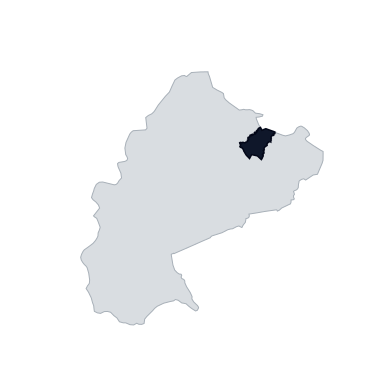 location of Komonjdjari, Komondjari, Burkina Faso, rotated 337°
{"feature_id": "67063806B37049013397139", "entity_name": "Komonjdjari", "entity_type": "district", "adm_level": 2, "iso_a3": "BFA", "parent_name": "Burkina Faso", "parent_adm1": "Komondjari", "projection": "robinson", "projection_center": [0.756, 12.703], "detail": "fine", "context": "in_parent", "style": "filled", "palette": "ink", "viewbox_px": 384, "rotation_deg": 337, "n_neighbors": 0, "source": "geoboundaries", "source_scale": "gbopen_adm2", "svg_char_len": 7123}
<svg xmlns="http://www.w3.org/2000/svg" viewBox="0 0 384 384"><g transform="rotate(337 192 192)"><path d="M277.2,241.4L268.3,241.8L265.1,242.9L263.1,242.9L263.1,242.0L262.8,241.4L251.6,238.4L243.8,236.6L235.8,234.6L235.4,236.5L234.2,237.7L232.5,237.8L231.3,237.5L230.5,238.9L229.2,240.8L227.3,241.8L225.5,242.9L224.5,244.0L223.8,244.0L221.9,241.6L219.5,241.3L215.0,241.7L213.0,241.1L210.2,240.7L203.6,241.2L193.1,240.2L191.4,240.8L191.0,241.2L180.6,241.3L169.2,241.5L159.6,241.6L151.3,241.7L151.2,241.2L148.6,241.2L148.3,242.0L145.9,251.8L145.6,257.1L146.8,260.4L148.2,262.5L149.8,263.4L150.0,264.6L148.7,266.1L148.8,267.7L150.3,269.3L150.6,271.0L149.9,272.8L150.0,277.1L151.1,283.9L151.2,288.3L150.1,290.4L150.6,293.8L152.7,298.7L153.0,300.7L152.3,301.7L150.6,303.0L148.8,302.9L146.8,300.0L145.9,298.6L144.3,295.7L142.9,292.6L141.1,291.3L139.2,290.1L137.0,286.3L134.8,284.5L132.5,285.0L129.2,284.3L122.5,283.3L115.3,283.6L112.2,284.5L109.3,285.9L101.8,288.9L98.8,290.5L96.5,294.3L94.0,294.2L91.4,293.0L89.8,291.2L86.4,291.6L83.1,289.9L79.9,286.6L77.5,285.5L74.5,283.1L73.7,278.6L71.8,275.3L70.1,270.9L67.5,268.9L64.5,267.8L60.4,268.0L57.7,266.3L55.5,263.7L56.1,261.4L57.1,258.2L57.2,255.1L57.9,250.1L57.6,243.8L56.8,239.5L59.1,237.6L61.8,236.0L63.4,233.0L65.2,226.4L65.9,220.6L65.4,218.5L64.6,216.8L63.9,214.3L63.5,211.3L64.0,208.6L66.0,206.2L68.5,204.1L70.3,203.1L75.0,202.1L80.9,200.6L84.3,198.9L86.8,197.1L88.2,195.8L89.6,193.0L91.9,190.8L93.7,188.6L94.0,182.5L94.0,179.0L92.7,177.1L92.0,175.5L100.7,170.7L100.8,167.3L99.6,163.6L97.9,160.5L97.3,157.9L99.7,154.9L101.9,152.6L103.4,150.6L106.9,147.6L110.5,146.8L113.7,147.9L123.2,155.0L124.9,155.4L126.8,154.9L129.4,153.0L132.6,151.6L133.9,146.9L133.8,139.9L134.5,136.8L136.2,136.2L141.7,137.5L143.2,137.6L144.8,137.2L145.9,135.9L145.9,133.7L145.6,131.7L147.4,125.3L150.7,120.5L157.3,114.4L159.4,113.2L161.8,112.6L173.6,116.7L175.5,115.7L178.5,105.4L181.7,104.5L185.5,104.3L188.0,103.4L189.3,102.7L194.9,98.8L204.9,93.5L210.2,91.2L211.2,90.3L215.1,86.6L220.1,82.2L223.4,81.4L227.8,81.0L230.6,81.8L231.4,83.0L232.3,83.6L238.1,81.8L246.5,84.7L253.7,87.6L253.2,89.4L253.2,92.6L252.6,97.7L251.9,103.8L254.8,107.8L258.4,112.0L259.4,113.7L258.4,117.9L259.1,120.4L261.0,124.4L264.2,129.6L267.5,135.0L269.7,135.7L271.9,136.1L273.2,137.1L275.2,138.0L277.1,138.6L278.7,139.8L279.8,140.9L281.2,144.2L284.9,146.4L287.5,148.6L286.5,149.7L283.2,149.2L280.2,148.3L279.8,149.9L279.7,155.9L280.2,161.0L280.9,161.6L283.9,162.6L291.2,169.1L297.8,175.3L300.0,176.9L303.7,177.5L307.8,177.8L309.5,177.2L313.5,174.1L315.6,173.7L317.6,173.8L318.6,174.3L320.5,176.9L322.3,180.7L322.8,183.6L322.6,185.1L322.0,185.7L318.8,186.4L317.4,187.0L317.0,187.8L317.5,189.7L318.2,191.0L321.7,196.5L326.9,204.0L328.5,205.9L327.6,208.1L325.0,214.0L323.0,216.4L314.4,224.7L310.2,223.7L301.3,225.4L300.0,223.5L297.9,223.2L295.3,223.6L294.4,224.3L294.1,225.1L293.2,226.2L291.5,229.5L290.3,230.4L288.7,230.9L286.8,230.8L285.6,231.2L285.6,232.9L285.3,234.3L284.0,235.0L283.4,236.6L283.5,238.1L282.8,238.8L281.1,238.4L280.1,238.0L279.2,240.0L278.0,241.4L277.2,241.4Z" fill="#d9dde1" stroke="#a8b0b8" stroke-width="1"/><path d="M258.0,183.7L261.5,180.9L266.3,184.3L268.5,189.3L268.8,189.1L268.7,188.9L268.8,188.9L269.1,188.8L269.3,188.6L269.5,188.5L269.6,188.3L269.8,188.2L270.0,188.2L270.2,187.9L270.3,187.8L270.4,187.7L270.5,187.7L270.8,187.2L271.1,186.9L271.4,186.9L271.5,186.8L271.5,186.5L271.6,186.4L271.6,186.1L271.5,185.9L271.5,185.7L271.7,185.9L271.8,185.9L271.8,185.4L272.0,185.3L272.1,185.1L272.1,184.8L272.3,184.8L272.6,184.8L272.9,184.6L272.8,184.4L272.9,184.1L273.0,184.0L273.3,184.0L273.5,184.1L273.6,183.8L273.7,183.5L273.8,183.5L273.9,183.2L273.9,182.5L273.9,182.2L273.8,181.8L273.8,181.7L274.1,181.6L274.4,181.7L274.9,181.6L275.0,181.5L275.0,181.0L275.0,180.8L275.1,180.6L275.2,180.4L275.4,180.1L275.5,179.8L275.7,179.6L276.3,179.2L276.6,179.0L277.2,178.9L278.0,178.7L278.5,178.6L279.3,178.5L279.4,178.4L279.5,178.2L279.7,177.3L279.9,176.9L280.0,176.8L280.2,176.6L280.4,176.5L280.5,176.6L281.1,176.2L281.3,176.1L281.5,176.2L281.8,176.0L282.1,175.8L283.7,176.4L283.8,176.5L283.8,176.4L284.1,176.5L284.2,176.4L284.4,176.1L284.5,176.0L284.6,175.7L285.0,175.3L285.1,175.2L285.3,175.1L285.3,174.9L285.2,174.7L285.3,174.0L285.3,173.9L285.6,173.8L285.9,173.6L285.8,173.3L285.9,173.2L286.1,173.1L286.1,172.9L286.1,172.7L286.0,172.4L286.1,172.2L286.4,172.1L286.5,172.0L286.5,171.9L286.8,171.8L287.1,171.7L287.3,171.6L287.5,171.5L287.7,171.3L287.7,171.2L287.8,171.2L287.9,171.3L288.1,171.5L288.3,171.6L288.6,171.4L288.8,171.5L289.0,171.7L289.3,171.7L289.3,171.1L289.5,171.0L289.9,171.0L290.1,170.8L290.1,170.6L290.3,170.6L290.2,170.5L290.3,170.5L290.4,170.4L290.5,170.2L290.8,170.0L290.9,169.9L291.0,169.8L291.3,169.8L291.3,169.5L291.3,169.4L291.2,169.2L291.3,168.9L291.4,169.0L291.5,169.0L291.0,168.4L290.7,168.1L290.0,167.5L284.7,162.6L280.5,162.6L280.3,160.3L280.3,159.3L280.2,159.3L279.8,159.3L279.6,159.3L279.3,159.3L279.2,159.3L278.7,159.4L278.4,159.4L278.3,159.5L278.1,159.4L278.0,159.5L277.7,159.6L277.5,159.8L277.4,159.9L277.3,160.0L277.2,160.2L277.2,160.3L276.9,160.4L276.9,160.5L276.7,160.5L276.7,160.4L276.5,160.5L276.6,160.9L276.6,161.0L276.4,161.1L276.2,161.3L275.9,161.2L275.6,160.9L275.5,161.0L275.4,160.9L275.1,161.0L274.9,161.4L275.0,161.6L275.2,161.8L275.2,162.0L274.9,162.1L274.7,162.2L274.6,162.3L274.4,162.4L274.4,162.5L274.2,162.5L274.1,162.4L274.0,162.5L274.0,162.4L273.9,162.4L273.7,162.2L273.5,161.9L273.4,161.6L273.2,161.5L272.8,161.7L272.7,161.8L272.8,162.2L272.7,162.2L272.8,162.4L272.9,162.6L272.9,162.8L273.0,162.9L272.9,163.2L272.8,163.3L272.7,163.4L272.4,163.3L271.8,163.0L271.6,162.9L271.4,163.0L271.2,163.0L270.8,163.2L270.6,163.3L270.3,163.3L270.1,163.3L270.0,163.2L269.9,163.0L269.9,162.9L269.9,162.6L269.9,162.4L269.6,162.5L269.4,162.5L269.3,162.8L269.4,163.0L269.3,163.3L269.1,163.4L268.7,163.4L268.6,163.2L268.5,162.8L268.5,162.6L268.4,162.5L268.2,162.4L267.9,162.4L267.9,162.6L268.0,162.6L267.9,162.8L267.7,162.8L267.3,162.8L267.2,162.9L267.2,163.0L267.0,163.3L266.9,163.5L266.7,163.7L266.6,163.8L266.5,164.0L266.4,164.1L266.2,164.1L266.1,163.9L265.8,163.8L265.6,163.7L265.5,163.8L265.3,163.7L265.2,163.6L264.7,163.9L264.7,164.0L264.5,164.3L264.5,164.5L264.5,164.8L264.4,164.8L264.4,165.0L264.6,165.5L264.7,165.8L264.5,166.0L264.4,165.9L264.4,166.0L264.2,166.0L263.8,166.0L263.6,165.9L263.2,166.0L263.2,166.5L263.1,167.0L262.9,167.2L262.6,167.1L262.4,167.1L261.4,167.4L261.2,167.4L260.8,167.1L260.7,167.1L260.2,167.4L259.8,167.4L259.7,167.4L258.5,166.3L258.3,166.1L258.0,166.1L257.7,166.2L257.4,166.3L257.2,166.2L256.7,165.7L256.4,165.4L255.9,165.3L255.4,165.2L255.1,165.3L255.1,165.7L255.0,166.1L254.9,166.3L255.0,166.7L255.3,166.8L255.4,167.0L255.4,167.3L255.5,167.4L255.5,167.6L254.6,168.2L254.2,168.6L254.0,168.8L253.9,168.8L253.8,169.1L254.0,169.3L254.1,169.8L254.3,170.0L254.5,170.2L254.6,170.3L254.6,170.1L255.1,170.2L255.2,170.4L255.3,170.6L255.8,172.9L255.8,173.5L255.7,174.3L255.7,174.9L255.9,175.8L256.0,177.0L256.3,179.0L256.4,179.4L256.5,179.7L256.7,180.2L256.9,180.8L257.5,182.2L258.0,183.7Z" fill="#0f172a" stroke="#020617" stroke-width="1.5"/></g></svg>